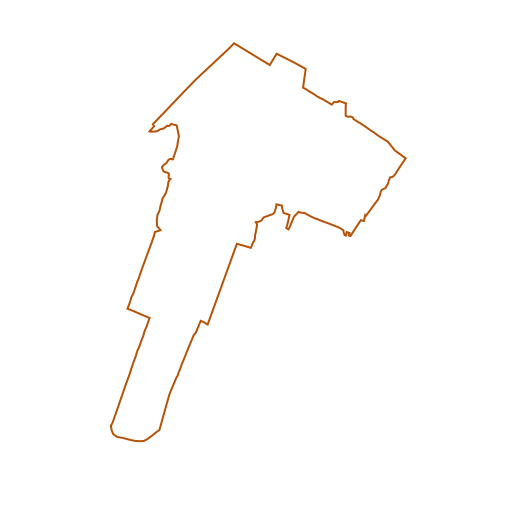 Ghindeni, Dolj, Romania (Natural Earth projection), rotated 281°
{"feature_id": "2599482B6715750772475", "entity_name": "Ghindeni", "entity_type": "district", "adm_level": 2, "iso_a3": "ROU", "parent_name": "Romania", "parent_adm1": "Dolj", "projection": "natural_earth1", "projection_center": [23.924, 44.199], "detail": "fine", "context": "isolated", "style": "outline", "palette": "amber", "viewbox_px": 512, "rotation_deg": 281, "n_neighbors": 0, "source": "geoboundaries", "source_scale": "gbopen_adm2", "svg_char_len": 6126}
<svg xmlns="http://www.w3.org/2000/svg" viewBox="0 0 512 512"><g transform="rotate(281 256 256)"><path d="M374.0,381.5L380.4,384.3L383.1,378.6L386.2,372.0L393.1,364.0L393.6,363.0L394.4,361.0L396.5,355.4L397.1,353.8L397.9,352.0L399.7,348.3L401.1,344.8L403.4,339.7L405.0,336.0L406.3,332.7L407.5,329.4L408.2,327.6L409.3,325.3L410.0,325.1L410.5,324.5L410.7,323.7L411.0,322.4L410.2,319.8L410.7,317.3L418.3,315.8L422.1,315.2L423.0,315.2L424.0,307.8L422.7,307.0L422.7,306.5L422.3,305.4L422.3,304.0L421.7,303.0L420.5,302.4L419.5,301.7L419.1,301.5L420.0,298.8L421.0,296.2L422.5,292.0L423.0,290.1L423.1,289.0L423.8,287.4L424.4,285.2L425.3,283.7L427.3,278.1L427.9,276.4L428.5,275.1L429.5,272.6L429.7,271.8L430.2,270.1L434.8,269.8L449.1,269.1L452.9,257.5L458.5,237.7L451.0,234.9L446.1,233.1L460.6,193.9L458.0,192.1L457.7,192.0L456.9,191.5L456.2,191.0L455.4,190.4L454.5,189.9L453.7,189.3L452.9,188.8L452.2,188.2L451.4,187.7L450.7,187.1L450.0,186.6L448.5,185.5L447.7,185.0L447.0,184.4L445.4,183.3L443.9,182.2L443.1,181.6L442.3,181.0L441.4,180.5L440.6,179.8L439.8,179.2L438.9,178.6L438.1,178.0L437.2,177.4L436.4,176.8L435.5,176.1L434.6,175.5L433.8,174.9L432.1,173.6L431.3,173.1L430.5,172.5L429.6,171.8L428.6,171.2L427.7,170.5L426.8,169.8L425.9,169.1L425.0,168.4L424.1,167.8L419.6,164.6L418.6,163.9L417.7,163.3L416.8,162.6L414.9,161.4L414.0,160.8L413.1,160.2L410.2,158.4L409.3,157.8L407.5,156.5L406.5,155.9L405.5,155.3L404.5,154.6L403.6,154.0L400.6,152.1L399.6,151.5L397.7,150.2L396.7,149.6L395.7,148.9L394.8,148.4L393.1,147.3L392.3,146.8L390.6,145.7L389.7,145.1L388.8,144.5L386.9,143.3L385.9,142.7L385.0,142.1L384.1,141.5L383.6,141.2L383.2,140.9L382.3,140.3L381.4,139.8L380.5,139.2L379.9,138.9L379.5,138.6L378.5,138.0L377.6,137.3L376.7,136.7L375.7,136.1L374.8,135.5L373.8,134.8L373.2,134.5L372.1,133.7L371.6,133.5L368.4,131.4L365.6,129.6L364.0,131.3L358.0,127.7L357.9,128.1L358.1,129.5L358.3,130.4L358.4,131.2L359.1,133.7L359.8,135.3L360.3,136.0L360.8,136.5L361.4,136.8L362.1,137.9L363.0,139.8L363.5,140.8L363.6,141.1L364.2,141.6L366.3,143.4L366.8,143.8L367.0,144.2L366.8,144.8L366.9,145.2L367.0,145.8L367.7,146.4L367.9,146.7L368.2,146.9L368.8,147.2L369.3,147.4L369.4,147.7L369.5,148.0L369.4,148.5L369.3,149.2L369.2,149.9L369.2,151.7L369.2,152.3L369.0,153.2L365.8,154.6L363.6,155.5L358.9,157.5L356.2,157.5L352.9,157.5L350.5,157.7L349.0,157.7L347.3,157.6L342.2,156.9L335.1,156.0L334.8,155.4L335.0,153.9L335.0,153.4L334.1,152.2L333.7,151.7L332.4,151.2L330.6,150.5L329.9,150.1L329.1,149.4L328.6,148.8L328.1,148.3L327.2,147.7L326.4,147.3L325.7,146.9L325.5,146.7L324.7,147.0L323.8,147.4L321.7,149.0L321.3,149.6L321.1,150.2L321.0,151.7L320.8,153.3L320.5,154.4L320.3,154.5L320.1,154.7L319.8,154.9L318.9,155.0L317.7,155.0L316.6,155.1L315.9,155.5L315.6,155.9L315.5,156.3L315.3,156.8L315.2,157.3L314.6,156.8L313.6,156.4L312.9,156.1L312.4,155.9L310.8,156.0L309.9,156.0L309.1,156.1L308.0,156.1L306.8,156.0L305.5,155.9L304.8,155.9L304.0,155.8L303.2,155.8L302.5,155.7L301.7,155.6L300.8,155.5L298.2,154.7L295.9,153.8L295.3,153.4L294.5,153.3L292.2,153.1L290.8,153.2L289.9,152.9L286.0,152.7L282.0,152.6L279.8,152.1L279.1,151.8L277.6,151.4L275.5,151.6L272.8,151.7L268.7,152.6L266.2,153.4L263.6,156.9L263.0,157.3L260.3,152.2L259.5,152.1L258.3,152.1L257.3,152.0L256.9,151.9L256.6,151.9L256.4,151.9L255.7,152.2L255.2,151.8L254.5,151.7L252.4,151.4L249.6,151.1L247.0,150.6L237.1,149.0L222.3,146.6L216.2,145.7L214.8,145.5L213.7,145.4L212.9,145.4L212.3,145.3L211.8,145.2L209.8,144.7L208.3,144.4L197.3,143.0L196.8,142.9L195.5,142.6L193.3,142.0L191.5,141.5L189.7,141.4L188.2,141.2L186.0,141.0L179.7,139.9L179.5,141.2L178.4,146.9L177.6,150.6L176.4,156.0L174.8,163.4L170.6,162.7L166.1,162.1L163.9,161.6L162.6,161.3L160.5,161.0L158.9,160.7L157.4,160.7L156.0,160.6L153.3,160.0L152.0,159.8L146.8,159.0L143.3,158.5L142.5,158.1L140.0,157.6L138.6,157.4L137.5,157.4L136.7,157.4L128.2,156.0L120.8,155.0L115.4,154.4L111.6,153.8L104.5,152.6L94.9,151.3L64.7,147.0L61.8,145.9L57.5,147.5L53.9,149.8L51.9,154.0L52.0,159.5L51.7,164.3L51.4,169.3L51.5,173.2L52.1,177.8L53.1,181.3L55.8,184.6L59.5,187.9L63.6,191.4L66.9,194.4L102.7,197.3L108.3,198.3L121.2,201.0L122.8,201.6L123.5,201.9L124.8,202.1L125.6,202.2L126.4,202.2L126.8,202.3L130.4,203.0L132.6,203.3L135.6,203.8L141.8,205.1L150.9,206.8L156.8,208.0L167.0,210.1L167.9,210.7L168.7,211.4L170.9,211.9L181.8,214.1L181.4,216.1L180.8,218.4L180.1,219.7L179.5,221.6L264.3,234.9L263.7,242.6L263.0,249.4L265.3,249.9L266.5,250.0L268.4,250.5L271.0,251.4L273.0,251.6L274.8,251.4L276.4,251.1L277.3,251.1L278.7,251.3L280.3,251.2L283.3,251.2L285.7,251.2L287.0,251.0L287.6,250.8L288.0,250.4L289.2,249.3L289.4,249.9L289.8,251.4L290.1,252.0L290.4,252.6L291.2,253.7L291.5,254.1L292.1,254.6L293.1,255.2L293.6,255.4L294.2,255.5L294.8,255.9L295.4,256.3L295.7,256.6L296.1,257.2L296.5,258.0L296.8,258.6L297.5,259.9L298.2,260.8L298.7,261.6L299.2,262.3L299.4,263.0L299.8,263.7L300.4,264.5L301.3,265.3L302.4,265.7L303.8,266.1L305.7,266.2L307.2,266.3L308.6,266.3L310.6,266.2L310.4,271.8L307.1,272.9L305.4,273.9L304.1,274.6L303.5,274.9L303.3,276.9L302.7,281.1L299.9,281.0L295.6,280.9L292.2,280.7L289.2,280.4L289.0,281.0L288.7,281.6L288.6,282.0L288.5,282.5L288.4,282.9L294.2,284.3L296.5,284.7L298.6,285.2L300.8,285.5L302.9,286.4L305.0,287.8L307.5,289.4L307.1,291.1L307.2,293.0L307.4,294.5L307.4,295.8L307.2,296.7L306.8,297.4L305.5,301.5L305.1,302.9L304.8,304.2L304.4,305.9L304.1,307.4L303.7,310.0L303.3,312.0L302.3,317.6L301.9,320.5L299.9,331.4L299.4,333.3L298.1,336.5L297.3,337.0L295.1,338.0L293.4,339.1L293.2,340.3L296.8,340.5L296.4,343.5L293.9,343.1L293.6,344.9L311.1,352.0L310.9,355.2L316.7,355.4L316.1,356.0L316.3,356.2L319.7,357.8L323.8,359.8L325.5,360.5L329.2,362.3L334.2,364.7L334.7,365.0L334.8,365.1L335.0,365.1L335.9,365.2L337.5,365.6L338.5,365.9L339.7,366.1L340.6,366.1L341.7,366.2L342.4,366.2L343.4,366.3L344.0,366.4L345.0,367.1L345.3,367.3L345.6,367.7L346.2,368.5L346.6,369.1L347.3,369.8L347.7,370.3L348.4,370.6L349.0,370.6L349.9,370.9L350.7,371.2L351.8,371.7L352.1,371.8L352.7,371.8L354.5,371.9L355.9,372.1L358.1,372.5L358.6,372.5L360.0,375.3L362.8,377.1L365.4,378.0L367.7,378.9L374.0,381.5Z" fill="none" stroke="#b45309" stroke-width="2"/></g></svg>